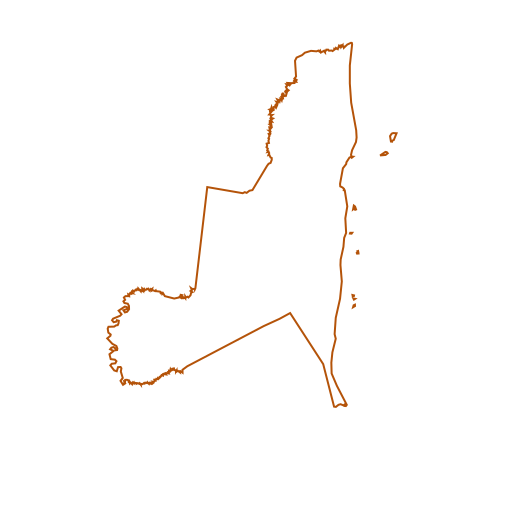 outline of Sarmi, Papua, Indonesia, rotated 69°
{"feature_id": "22746128B27261093121909", "entity_name": "Sarmi", "entity_type": "district", "adm_level": 2, "iso_a3": "IDN", "parent_name": "Indonesia", "parent_adm1": "Papua", "projection": "mercator", "projection_center": [139.039, -2.532], "detail": "fine", "context": "isolated", "style": "outline", "palette": "amber", "viewbox_px": 512, "rotation_deg": 69, "n_neighbors": 0, "source": "geoboundaries", "source_scale": "gbopen_adm2", "svg_char_len": 6114}
<svg xmlns="http://www.w3.org/2000/svg" viewBox="0 0 512 512"><g transform="rotate(69 256 256)"><path d="M427.5,224.6L406.2,227.0L392.8,227.5L382.6,223.9L373.3,219.2L361.8,211.2L357.1,210.6L342.3,203.7L326.1,192.9L310.5,185.0L294.7,180.4L289.6,178.2L278.8,171.1L270.7,167.2L266.8,163.6L252.8,159.1L242.4,153.0L226.5,149.6L226.0,150.5L224.8,149.8L223.0,150.7L221.2,152.4L218.8,151.7L205.2,143.4L202.5,138.9L200.9,138.0L197.6,133.5L197.5,131.8L198.6,131.4L198.1,129.8L197.5,131.0L195.7,131.1L191.7,128.4L185.4,121.8L181.4,119.6L174.5,117.4L147.0,112.2L128.6,106.6L111.7,100.1L92.8,90.4L91.4,90.2L91.0,90.9L91.3,95.0L93.1,99.3L91.9,99.0L91.6,99.9L90.2,99.5L91.4,101.5L89.8,101.1L89.7,102.5L90.3,102.9L89.5,103.2L92.2,105.5L90.4,106.8L91.2,107.4L90.5,108.6L91.5,108.9L92.1,111.1L91.3,111.7L90.5,114.3L89.2,114.7L88.6,116.3L89.3,116.8L88.9,118.1L90.6,118.6L88.8,119.3L89.3,122.5L87.2,122.5L87.8,123.6L86.6,124.1L86.6,126.2L84.2,131.1L83.7,137.5L85.0,141.0L85.3,147.0L87.7,149.6L102.8,154.3L104.1,156.5L106.2,155.0L106.6,155.9L105.1,156.5L106.2,157.9L106.8,157.5L106.6,156.2L107.8,156.0L107.1,157.5L108.3,158.1L107.3,161.0L108.3,162.8L106.7,162.4L105.7,164.6L107.9,164.3L106.7,166.1L108.2,165.8L108.9,167.5L111.7,167.1L113.0,166.2L113.3,167.0L111.9,167.8L112.8,169.8L113.5,169.8L113.3,168.6L113.9,168.2L117.2,170.7L116.4,172.2L114.1,172.4L113.8,173.0L114.4,173.8L116.3,173.2L115.7,174.3L116.2,175.1L117.2,174.0L118.6,174.3L117.9,176.1L119.0,175.6L119.9,176.2L118.3,176.4L118.2,177.2L120.1,178.5L118.7,178.7L117.5,180.0L120.0,179.7L120.4,180.3L119.4,181.7L121.4,181.2L123.5,182.7L121.2,182.1L122.1,183.8L123.9,183.3L124.8,184.2L123.3,184.6L123.3,186.3L126.0,187.1L126.1,187.9L125.6,188.2L124.4,187.0L124.8,188.7L123.0,188.4L124.1,189.3L124.1,190.7L125.7,189.2L125.6,191.0L126.3,191.2L127.0,190.1L128.6,192.9L129.0,191.9L129.8,191.9L130.2,190.5L130.7,191.9L131.8,192.0L132.6,193.2L133.3,193.0L133.0,191.8L133.7,190.9L134.3,193.3L136.3,192.9L135.0,194.8L136.8,195.5L136.8,196.3L137.4,194.3L139.3,194.7L138.2,195.3L138.1,196.1L139.3,195.4L140.9,196.7L141.7,195.6L142.2,196.4L141.1,197.5L144.1,197.9L143.7,198.9L145.2,198.0L145.6,198.7L147.0,198.7L147.9,199.9L146.7,199.3L146.5,200.4L148.8,200.4L150.5,202.2L151.3,201.8L152.9,203.1L155.1,203.4L154.9,205.8L157.2,206.1L158.1,207.2L160.1,206.5L161.4,207.7L162.5,207.0L163.1,207.9L163.3,206.9L164.7,206.8L166.3,208.3L166.5,207.3L169.2,207.1L170.1,206.2L171.8,206.8L174.3,209.0L174.4,211.2L175.8,213.4L193.2,235.7L192.7,238.7L193.7,242.1L192.4,243.6L192.6,245.9L174.2,276.8L264.3,324.1L265.4,325.2L264.7,325.1L264.0,327.3L262.7,328.1L264.8,328.1L265.2,329.6L266.9,328.4L267.0,329.7L269.2,331.2L270.5,333.9L269.5,334.5L269.7,336.2L268.3,336.5L269.9,337.1L268.5,337.5L269.6,337.6L269.4,338.8L268.2,338.9L268.9,340.4L268.2,341.0L267.7,339.7L266.5,339.9L266.0,339.1L265.3,340.2L267.2,341.2L266.5,341.7L267.1,343.0L266.4,347.6L260.8,355.5L257.4,356.1L257.9,357.2L256.6,357.1L256.9,359.0L256.1,357.7L254.9,358.3L253.0,361.9L252.2,361.9L252.6,362.8L250.9,364.6L251.0,365.9L249.5,364.8L249.9,366.2L249.4,366.5L248.6,365.2L250.0,367.9L247.9,368.2L248.0,369.4L246.9,369.0L248.1,370.0L247.9,371.8L247.2,372.0L248.0,372.5L246.6,373.2L247.9,373.7L246.5,374.1L248.0,374.5L246.8,375.6L247.8,376.2L244.0,377.6L245.1,378.3L244.3,378.9L245.1,379.8L244.3,380.5L245.5,382.4L244.3,383.2L245.1,383.7L244.5,384.5L245.1,385.0L245.3,384.0L245.9,384.8L246.5,384.5L246.0,385.3L246.5,385.8L245.4,386.6L245.8,387.2L246.3,386.8L246.1,387.9L247.7,388.6L246.7,389.1L247.8,389.3L246.7,392.3L247.4,394.2L250.0,393.9L250.8,396.0L252.7,395.7L254.6,392.8L257.1,392.5L260.2,393.6L261.9,396.3L261.7,398.6L259.2,399.2L259.2,394.9L257.5,394.8L256.2,396.5L257.8,403.8L262.2,402.4L263.1,404.2L263.3,411.9L264.4,413.4L266.8,412.6L267.2,410.0L266.1,408.9L267.3,407.3L269.6,408.5L271.0,409.9L270.6,411.5L271.1,413.7L269.2,419.1L270.7,420.5L274.6,421.3L277.2,419.8L278.3,420.5L279.6,424.4L286.5,421.6L290.0,418.6L292.7,418.6L294.0,419.4L293.7,420.7L291.2,420.7L289.9,421.8L289.8,423.9L290.8,425.6L293.6,422.9L295.2,428.0L300.2,428.6L302.2,424.9L304.2,424.0L305.8,425.8L304.9,429.3L305.9,431.2L312.0,429.4L313.7,427.3L310.3,424.6L311.1,422.2L312.6,421.9L315.4,423.6L322.1,424.1L324.0,427.2L328.6,426.3L328.2,424.5L327.2,425.7L327.8,424.9L327.3,424.1L326.2,424.0L326.9,423.5L324.8,422.5L325.3,420.9L326.4,419.5L327.6,419.8L327.4,419.1L329.8,419.4L329.5,418.8L328.7,419.2L328.9,418.5L331.3,417.6L330.3,416.8L331.4,416.6L330.5,416.4L330.1,415.3L331.5,415.3L331.2,414.2L331.8,413.1L332.5,413.3L332.4,411.8L333.2,411.1L333.9,411.5L333.1,410.2L334.8,409.7L334.0,409.5L335.0,407.8L334.4,406.0L335.2,405.6L334.6,404.7L335.5,403.5L335.0,402.8L335.8,402.7L336.0,401.3L336.7,401.5L336.5,400.6L337.2,400.7L336.8,399.9L337.7,399.4L337.0,398.5L338.0,398.5L337.6,397.2L336.4,397.5L337.4,395.9L336.8,396.5L336.5,395.4L335.5,395.3L336.0,394.6L335.2,394.6L335.6,393.3L335.0,393.0L335.8,391.6L334.8,391.2L335.5,390.5L335.0,389.2L334.3,389.2L334.1,387.6L333.2,387.5L333.8,387.4L333.3,386.8L334.3,385.7L332.9,385.1L332.9,383.3L333.6,383.9L334.1,382.9L333.4,383.2L333.1,382.1L334.0,382.0L333.5,381.1L334.4,379.5L332.8,379.5L333.0,378.7L332.1,378.4L332.9,377.7L331.2,376.5L332.6,376.4L332.3,374.1L331.3,374.3L331.5,372.9L333.3,373.1L334.0,371.6L335.0,372.0L334.3,371.1L335.5,371.5L335.2,370.1L337.1,368.9L336.1,368.8L336.3,367.9L338.6,366.4L335.9,365.4L334.3,359.6L324.2,273.9L323.1,256.6L321.5,244.6L381.0,232.0L424.6,237.1L425.5,235.5L424.5,232.3L424.7,230.1L426.8,227.9L426.4,226.6L427.7,227.1L428.3,225.9L427.5,224.6ZM197.1,85.8L191.8,80.8L190.4,83.9L190.4,85.5L192.1,87.9L197.5,89.0L198.0,88.0L197.2,87.6L197.1,85.8ZM207.3,96.2L205.9,96.7L205.2,97.9L206.6,104.1L208.1,98.8L207.3,96.2ZM248.4,145.9L245.3,145.8L244.0,146.6L247.2,148.6L246.9,147.6L248.4,146.9L248.4,145.9ZM338.6,183.7L338.2,181.5L336.9,181.1L337.0,182.5L338.6,183.7ZM290.4,159.4L287.9,158.9L287.9,159.5L288.8,159.2L289.2,160.8L290.0,160.8L290.4,159.4ZM268.8,157.9L268.1,159.7L268.7,160.2L269.4,158.8L268.8,157.9ZM330.5,180.3L331.8,180.2L331.5,178.8L330.5,180.3ZM328.1,180.1L328.4,178.9L327.9,178.6L327.0,179.9L328.1,180.1Z" fill="none" stroke="#b45309" stroke-width="2"/></g></svg>